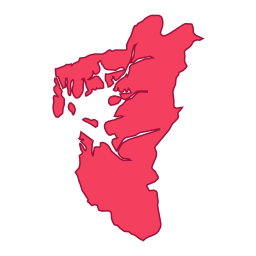 an SVG outline of Rogaland
{"feature_id": "NOR-914", "entity_name": "Rogaland", "entity_type": "County", "adm_level": 1, "iso_a3": "NOR", "parent_name": "Norway", "parent_adm1": "", "projection": "orthographic", "projection_center": [5.997, 59.066], "detail": "fine", "context": "isolated", "style": "filled", "palette": "rose", "viewbox_px": 256, "rotation_deg": 0, "n_neighbors": 0, "source": "natural_earth", "source_scale": "10m", "svg_char_len": 5650}
<svg xmlns="http://www.w3.org/2000/svg" viewBox="0 0 256 256"><path d="M143.5,240.6L139.7,238.8L134.7,235.0L132.3,234.3L131.0,233.6L129.0,231.8L124.3,231.3L120.1,228.3L117.6,225.6L114.6,224.8L113.9,224.1L112.2,220.6L111.5,217.5L111.2,213.0L110.4,211.7L108.5,210.8L101.7,211.1L98.7,210.0L97.4,205.5L94.7,204.6L91.9,205.5L87.6,201.5L88.1,199.5L82.1,190.2L80.4,184.7L78.9,180.8L78.3,178.0L77.5,175.7L75.3,172.2L79.0,168.0L79.6,165.9L80.0,163.6L79.8,158.2L79.3,156.0L80.0,155.1L81.8,154.2L82.4,152.5L82.3,151.6L80.8,149.4L80.3,146.7L79.8,145.1L79.9,143.6L80.6,143.8L82.1,145.5L84.3,149.4L85.7,150.6L86.4,148.0L85.7,146.6L84.0,144.5L80.9,141.5L82.4,140.0L83.1,139.9L83.9,140.7L83.0,139.0L80.2,139.6L78.9,138.6L79.8,137.6L80.3,136.0L81.0,131.9L93.0,140.7L92.3,144.2L91.9,148.9L92.0,153.4L92.9,156.3L94.4,147.6L95.8,146.9L99.2,147.2L100.5,146.5L100.4,143.2L100.7,142.7L103.1,142.5L105.2,143.3L107.9,145.3L109.0,146.6L111.6,151.2L120.6,159.2L123.7,160.3L130.6,160.2L128.9,158.9L122.5,158.3L119.8,155.8L118.6,153.8L118.0,151.4L118.5,149.8L119.5,147.7L121.5,144.5L123.1,142.9L128.1,139.8L159.5,129.8L159.5,128.8L139.5,132.7L135.6,135.3L125.5,137.7L123.1,139.8L116.3,151.0L112.5,144.4L112.0,142.7L112.6,139.8L114.3,138.8L116.1,138.5L117.5,137.8L116.5,137.1L115.3,134.7L114.5,133.9L113.2,133.9L110.4,135.2L109.0,134.9L107.5,133.5L105.9,131.1L104.7,128.1L104.5,125.1L105.8,122.7L108.2,121.4L115.4,119.6L117.5,118.4L121.7,117.3L123.0,116.4L120.3,115.8L116.7,116.6L114.4,116.3L116.0,112.5L118.5,108.1L119.5,106.7L122.9,104.3L126.2,100.4L132.1,98.1L137.3,92.7L140.5,91.8L147.2,92.0L147.2,91.0L138.4,91.1L136.5,91.6L128.5,98.1L125.0,99.5L121.9,98.5L120.0,94.0L130.9,93.0L130.9,92.1L128.2,87.6L128.3,88.6L128.1,90.0L127.5,91.1L126.3,91.9L125.3,89.7L124.4,89.2L123.2,91.6L122.7,92.1L120.5,92.1L119.5,91.4L118.8,90.4L118.0,87.3L117.7,90.0L116.5,91.0L114.9,90.9L113.5,90.1L113.5,89.2L114.3,88.4L116.0,84.3L116.8,83.0L119.5,80.4L124.9,76.8L126.4,74.5L127.4,76.5L129.4,71.0L129.5,68.1L129.8,66.8L131.3,65.0L144.6,59.2L152.9,57.8L150.1,56.3L138.0,58.8L133.4,62.5L130.8,62.8L133.8,56.2L134.2,53.5L134.5,48.1L135.1,45.9L136.1,44.4L134.3,45.3L133.0,48.6L132.1,52.9L131.7,56.6L130.9,59.4L129.6,62.4L128.1,64.9L124.8,72.3L123.9,73.6L121.0,76.1L119.4,78.0L116.8,80.0L115.7,80.4L114.5,79.6L113.7,76.7L112.5,76.5L113.0,78.4L111.5,79.5L111.5,80.4L112.8,81.3L113.5,83.4L110.1,86.4L108.3,87.0L107.3,83.3L105.6,80.4L105.3,78.5L105.6,74.0L108.3,74.2L124.8,69.7L123.4,67.9L121.3,67.5L119.1,68.1L115.6,70.2L106.7,69.5L104.6,68.2L102.9,65.3L101.9,64.3L100.7,60.9L99.9,60.9L98.6,62.4L97.7,62.8L99.6,67.2L99.9,69.3L99.2,71.7L97.7,73.5L95.6,74.2L93.8,73.4L92.8,70.6L93.1,74.0L91.9,76.5L88.2,79.4L89.5,79.7L94.7,76.5L96.7,76.1L98.2,76.5L99.5,77.8L103.1,82.8L103.5,84.3L103.6,87.7L102.7,88.2L98.1,88.7L96.7,88.1L95.9,89.7L94.9,89.9L92.4,89.1L91.9,89.5L92.0,91.2L91.7,92.1L90.4,93.5L86.5,95.9L85.7,95.8L85.5,94.0L86.2,92.4L87.2,91.3L88.2,91.1L88.2,90.0L86.5,87.1L85.4,82.0L83.9,78.3L82.1,79.3L82.7,79.6L83.8,81.3L83.3,84.0L83.1,90.1L82.5,92.5L79.7,96.8L77.9,97.9L75.7,97.8L74.4,96.4L72.9,93.6L72.1,90.4L72.6,87.5L73.3,84.8L73.4,81.6L72.8,79.8L71.4,81.2L70.7,83.5L70.6,86.3L70.8,92.4L70.6,94.1L70.3,95.2L69.6,95.5L68.8,94.8L68.3,93.7L67.9,89.0L67.0,86.8L66.8,85.2L67.4,82.3L67.1,78.9L66.7,78.2L65.8,78.3L65.6,78.8L65.4,87.0L62.9,88.3L58.3,76.9L56.1,76.2L55.8,74.1L55.4,69.0L57.6,68.5L64.3,66.1L66.5,64.5L69.1,64.6L71.1,64.0L71.1,64.9L71.8,65.7L73.5,63.7L78.2,61.6L79.0,60.8L79.9,58.2L84.7,57.6L89.2,55.3L94.9,54.0L102.2,54.2L105.4,52.7L107.5,51.0L109.8,49.9L112.1,51.2L112.8,51.2L114.8,50.1L126.0,50.1L126.8,49.0L126.8,44.5L128.6,40.3L131.3,35.2L133.4,28.3L134.2,26.6L134.9,25.7L136.1,25.7L136.8,25.2L138.1,23.5L142.9,21.0L144.6,19.1L148.2,16.7L151.5,15.4L158.4,15.4L160.1,16.0L161.5,17.2L162.3,19.1L162.7,21.6L162.8,24.1L162.5,26.2L160.6,32.0L160.6,33.7L162.1,35.4L164.1,36.1L169.4,33.7L183.5,24.5L185.5,23.7L191.8,24.1L193.0,27.2L193.4,32.4L194.5,34.1L195.7,35.3L202.9,38.6L199.8,40.2L197.2,39.9L194.2,40.9L193.3,41.7L191.4,45.0L189.5,47.1L185.2,50.3L184.6,51.2L184.5,52.4L184.8,56.1L184.6,59.6L184.7,61.8L186.9,66.1L185.7,68.1L183.3,70.3L178.9,72.5L178.7,74.7L176.4,77.5L175.8,80.0L175.5,84.2L173.5,89.2L173.0,90.9L172.9,92.7L173.8,99.9L173.9,105.9L174.1,107.1L176.1,108.3L182.3,107.4L180.2,110.4L178.5,111.9L178.0,113.1L177.9,114.3L178.4,115.9L178.0,117.9L176.8,119.5L172.3,123.9L169.2,129.7L155.8,145.8L155.0,147.1L154.9,148.3L156.5,152.5L156.2,156.6L152.9,164.4L151.8,167.8L152.9,169.5L155.3,171.4L156.2,173.5L158.2,176.8L157.9,178.8L154.7,181.7L147.4,184.7L146.7,185.9L148.6,189.7L149.8,190.7L153.8,190.2L156.2,191.2L157.0,192.5L157.3,195.8L158.1,201.4L157.6,205.4L157.9,207.9L160.6,222.3L160.8,224.7L160.5,227.2L158.4,231.2L156.8,232.9L154.8,234.3L146.6,237.8L144.2,239.6L143.5,240.6ZM61.4,94.7L61.5,95.7L64.0,98.4L64.3,100.8L64.2,104.8L63.1,108.1L62.6,113.3L58.1,117.2L56.2,116.9L54.7,114.8L54.0,112.9L53.2,109.3L53.1,106.2L53.7,102.9L53.8,99.0L53.2,98.3L54.2,95.6L57.8,96.6L54.6,91.7L54.0,89.7L54.0,87.5L55.8,85.8L56.5,83.9L55.1,82.6L54.5,80.3L55.0,78.3L56.6,78.1L59.2,84.8L59.8,87.8L61.7,90.3L62.1,91.7L61.5,93.2L61.4,94.7ZM115.0,96.0L119.1,97.0L121.0,98.2L120.5,100.4L117.9,103.3L114.1,104.7L110.8,105.2L108.7,102.9L108.9,99.3L110.3,97.2L112.9,96.2L115.0,96.0ZM94.8,119.8L97.5,121.5L97.6,123.1L97.4,126.0L95.6,127.2L89.5,123.2L84.8,121.1L82.8,119.8L84.2,118.6L85.2,118.3L88.1,118.9L90.3,120.1L91.8,120.4L93.5,119.6L94.8,119.8ZM74.7,107.4L75.1,109.4L74.9,111.4L73.9,114.1L73.3,114.8L72.4,113.9L72.5,113.1L72.1,112.5L69.1,109.6L68.5,107.9L68.4,106.2L69.1,104.1L69.8,103.2L70.5,102.9L71.2,103.1L73.1,104.7L74.0,105.8L74.7,107.4Z" fill="#f43f5e" stroke="#9f1239" stroke-width="1.5"/></svg>